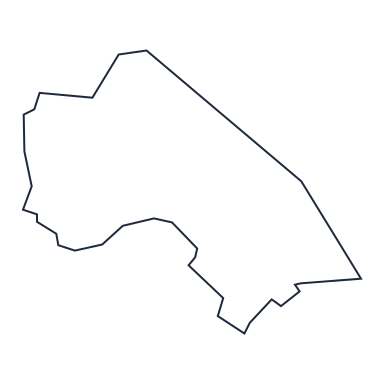 outline of Yirol East, Lakes, South Sudan
{"feature_id": "79223893B59833655345818", "entity_name": "Yirol East", "entity_type": "district", "adm_level": 2, "iso_a3": "SSD", "parent_name": "South Sudan", "parent_adm1": "Lakes", "projection": "mercator", "projection_center": [30.77, 6.774], "detail": "fine", "context": "isolated", "style": "outline", "palette": "slate", "viewbox_px": 384, "rotation_deg": 0, "n_neighbors": 0, "source": "geoboundaries", "source_scale": "gbopen_adm2", "svg_char_len": 519}
<svg xmlns="http://www.w3.org/2000/svg" viewBox="0 0 384 384"><path d="M361.0,278.7L340.2,244.7L301.3,181.3L146.5,50.5L118.7,54.5L92.4,97.7L39.6,92.9L34.3,109.3L23.7,114.6L24.4,151.5L31.7,186.3L23.0,209.7L37.0,214.4L37.0,221.8L56.3,233.8L58.3,245.2L74.9,250.6L102.2,244.5L122.8,225.8L154.0,218.4L172.0,222.4L197.2,248.5L195.2,257.2L188.6,265.3L223.2,298.1L217.8,316.1L244.4,333.5L249.8,322.8L271.7,299.4L281.0,306.1L299.6,291.4L295.0,284.7L301.0,283.3L361.0,278.7Z" fill="none" stroke="#1e293b" stroke-width="2"/></svg>